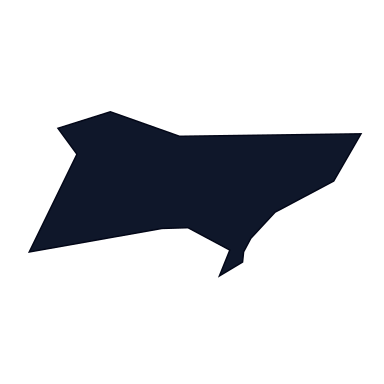 SVG path tracing the border of Ruše, rotated 196°
{"feature_id": "SVN-219", "entity_name": "Ruše", "entity_type": "Municipality", "adm_level": 1, "iso_a3": "SVN", "parent_name": "Slovenia", "parent_adm1": "", "projection": "equal_earth", "projection_center": [15.487, 46.52], "detail": "fine", "context": "isolated", "style": "filled", "palette": "ink", "viewbox_px": 384, "rotation_deg": 196, "n_neighbors": 0, "source": "natural_earth", "source_scale": "10m", "svg_char_len": 360}
<svg xmlns="http://www.w3.org/2000/svg" viewBox="0 0 384 384"><g transform="rotate(196 192 192)"><path d="M338.4,216.3L292.6,246.6L219.3,242.1L45.6,294.5L58.8,241.6L106.6,195.5L122.7,163.7L125.9,148.7L124.1,138.6L142.5,118.9L139.6,146.6L186.0,156.6L210.8,148.7L331.9,89.5L313.0,196.6L338.4,216.3Z" fill="#0f172a" stroke="#020617" stroke-width="1.5"/></g></svg>